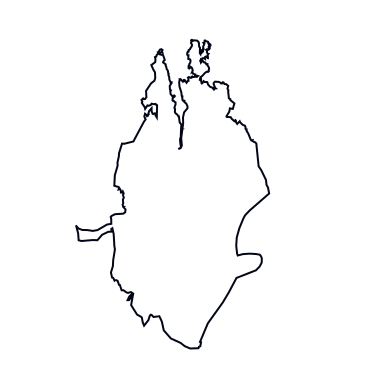 Råde nor, Østfold, Norway, rotated 114°
{"feature_id": "86288312B77346500929668", "entity_name": "Råde nor", "entity_type": "district", "adm_level": 2, "iso_a3": "NOR", "parent_name": "Norway", "parent_adm1": "Østfold", "projection": "robinson", "projection_center": [10.836, 59.347], "detail": "fine", "context": "isolated", "style": "outline", "palette": "ink", "viewbox_px": 384, "rotation_deg": 114, "n_neighbors": 0, "source": "geoboundaries", "source_scale": "gbopen_adm2", "svg_char_len": 5931}
<svg xmlns="http://www.w3.org/2000/svg" viewBox="0 0 384 384"><g transform="rotate(114 192 192)"><path d="M91.4,196.4L85.4,199.9L84.3,200.1L83.2,201.6L80.3,202.1L79.6,204.7L80.2,206.2L79.1,207.8L79.3,208.6L80.6,208.7L81.0,209.6L80.6,210.3L80.5,212.2L81.8,215.8L83.3,216.4L84.4,216.3L87.4,213.3L87.7,212.4L88.3,213.4L89.3,213.6L88.5,214.6L89.0,214.7L88.4,216.2L88.5,218.4L87.2,221.2L85.5,222.6L85.4,223.1L86.4,225.2L86.0,226.4L88.4,226.8L88.7,227.0L88.3,227.4L88.4,227.8L85.3,229.6L86.5,230.0L86.4,230.5L83.7,231.0L82.0,229.9L78.0,228.6L76.3,227.6L75.7,226.1L74.6,225.8L74.4,226.3L72.5,226.5L71.4,227.2L69.9,229.4L68.9,229.9L69.5,230.8L68.6,232.0L68.3,232.9L68.7,233.4L68.5,234.3L67.5,236.0L70.2,236.5L68.6,237.9L68.1,237.4L67.1,237.8L67.0,236.9L65.6,236.9L64.9,235.4L65.1,234.3L63.7,235.1L62.8,234.6L62.4,233.9L63.3,232.3L63.2,231.9L61.8,232.6L61.4,233.4L59.5,233.2L59.7,233.5L58.1,235.3L57.1,235.7L56.3,236.9L55.4,236.3L55.7,235.2L54.6,234.3L53.9,234.3L54.1,234.8L53.4,235.4L52.5,235.0L52.2,235.8L51.2,235.4L50.8,234.7L50.4,234.8L50.6,235.4L51.6,235.8L50.0,236.6L49.5,236.2L49.4,236.5L50.0,236.7L49.8,237.4L48.3,238.4L48.5,240.9L48.2,241.6L48.5,242.0L49.2,241.4L50.5,241.5L51.4,241.0L50.6,242.0L51.0,242.3L51.8,241.0L54.9,240.9L57.0,239.3L57.4,239.4L56.9,240.2L58.0,240.3L59.1,239.1L60.2,239.5L59.9,241.1L58.8,241.1L59.6,241.7L61.7,240.0L62.2,240.3L61.3,240.9L62.5,240.5L62.0,241.3L56.9,243.4L56.4,244.5L52.6,246.6L51.6,248.7L52.6,251.9L53.4,252.5L53.0,253.7L53.2,254.3L53.9,254.5L55.0,253.5L56.2,253.6L57.5,251.8L59.0,251.5L61.5,251.9L62.2,252.4L61.9,252.1L62.4,251.9L63.6,252.7L65.2,252.2L65.6,252.5L65.3,252.8L66.6,253.0L68.4,252.3L68.9,251.5L68.6,250.8L71.9,249.6L71.8,248.8L72.6,248.5L71.7,248.4L71.6,247.9L72.4,246.8L74.5,246.2L76.5,246.5L77.6,245.8L78.4,246.4L80.3,245.4L80.3,244.7L78.3,243.8L78.6,242.6L80.5,240.8L82.6,240.7L82.2,240.4L83.5,239.2L83.3,236.7L84.1,236.1L83.6,233.8L84.8,234.3L85.1,235.0L84.9,236.5L85.7,236.4L86.7,238.1L86.0,239.7L86.9,238.3L88.2,239.3L88.2,241.6L89.1,242.2L88.8,242.5L89.1,242.4L89.6,241.6L91.9,240.4L92.4,241.1L94.4,241.4L92.7,244.1L92.7,245.0L92.1,245.2L94.4,244.5L95.0,245.2L93.8,247.5L93.6,248.8L93.9,249.1L94.4,248.3L95.0,248.8L97.2,248.3L100.9,246.2L105.3,242.3L108.4,240.5L108.4,239.7L109.0,239.4L108.7,239.1L109.5,239.5L111.9,238.0L112.2,237.6L111.8,236.6L112.1,236.3L111.9,235.9L113.0,235.5L113.5,233.3L115.6,230.9L117.4,230.2L122.4,231.6L127.4,230.6L132.9,228.0L147.1,223.8L153.7,220.2L156.4,220.2L158.4,221.9L156.2,220.5L154.3,220.5L154.4,221.0L153.3,221.8L149.6,224.0L147.7,224.6L147.2,224.3L139.2,227.5L138.8,227.1L138.9,227.6L133.7,229.5L134.3,229.4L134.4,229.8L133.4,231.6L128.3,234.7L128.5,235.1L127.3,236.9L126.8,239.1L125.7,240.3L123.1,241.2L122.4,242.3L118.5,242.7L116.8,243.5L116.7,244.7L116.1,245.7L116.5,246.5L116.2,247.1L114.2,247.8L111.6,246.7L111.5,245.8L111.4,246.8L113.6,247.7L112.5,248.6L111.9,247.5L111.4,247.8L112.6,248.7L111.2,251.4L108.9,252.8L106.8,252.4L107.8,252.8L107.4,253.8L104.1,255.5L101.0,255.0L101.1,255.6L100.2,255.6L100.5,256.2L98.5,258.4L96.1,259.7L94.7,261.2L93.6,261.3L93.2,262.0L91.0,263.4L89.8,265.3L87.9,266.6L87.2,267.6L86.1,267.9L85.4,271.1L84.3,271.3L82.4,270.6L79.0,273.8L78.5,274.9L79.2,275.8L79.1,277.5L78.7,278.0L78.1,278.1L78.1,277.7L76.4,276.9L76.5,275.9L75.3,276.9L74.3,276.7L74.0,278.1L74.8,279.1L76.7,279.5L78.5,279.0L78.0,279.7L78.2,280.0L79.0,279.1L81.3,280.0L82.8,279.7L83.8,280.7L85.5,279.4L88.3,278.4L92.6,280.8L96.0,277.0L97.7,274.5L102.9,271.9L105.7,271.6L109.4,273.6L118.3,275.1L124.0,272.2L126.2,272.7L126.8,273.9L126.4,274.7L128.5,275.6L129.7,274.1L131.0,274.1L133.8,269.6L135.1,268.6L131.0,267.9L130.8,266.6L129.4,265.1L127.8,264.9L127.2,262.3L126.4,261.3L126.7,259.9L127.1,259.8L127.1,259.1L138.2,254.5L136.8,256.5L135.0,257.2L135.3,258.1L136.6,259.1L136.5,259.9L134.7,261.7L131.9,263.0L135.6,264.1L138.0,263.7L138.6,263.2L139.4,263.9L140.2,263.3L141.0,263.9L140.3,264.5L139.6,266.7L142.4,266.3L144.6,263.9L147.3,264.5L169.7,266.1L175.5,273.5L176.2,275.6L186.4,274.4L188.9,273.4L195.6,272.0L198.0,270.7L208.1,269.3L217.9,265.5L217.3,261.0L217.9,260.4L219.5,260.1L218.5,259.1L219.8,257.5L221.4,256.7L221.0,255.7L219.6,255.5L221.0,253.9L222.7,253.9L224.9,252.0L227.2,252.0L230.3,250.2L231.6,250.3L233.4,249.0L233.2,248.3L233.7,248.5L235.0,245.6L237.7,244.8L239.7,245.9L243.6,253.3L246.7,255.8L247.9,256.1L249.7,254.7L253.9,252.8L256.3,256.4L265.2,262.8L267.9,266.8L269.3,272.0L271.3,276.8L271.5,280.7L270.5,283.3L269.6,284.4L276.1,279.2L282.2,275.9L281.7,273.0L276.2,263.0L274.5,258.8L267.6,256.7L262.5,252.4L260.9,249.3L258.6,250.7L257.5,250.0L262.2,246.5L273.2,240.8L275.7,239.1L286.2,236.3L292.0,234.1L298.5,233.3L302.6,230.3L302.5,229.0L304.5,226.7L303.9,226.4L303.3,225.1L303.5,223.7L306.5,220.9L306.3,220.1L310.4,216.3L309.6,214.6L310.4,211.0L310.2,209.4L308.3,207.2L308.7,204.4L309.4,204.2L309.5,204.9L310.2,205.6L313.0,206.8L317.0,206.9L316.4,205.5L309.6,204.2L320.1,201.6L326.3,192.4L326.8,187.4L327.3,186.6L331.1,184.0L333.6,181.4L326.7,179.7L322.8,180.2L321.0,179.9L320.7,179.0L321.8,176.3L318.8,171.3L322.7,166.8L329.9,161.5L334.4,151.7L334.5,141.1L335.8,135.9L335.7,130.0L332.1,122.6L330.7,122.7L329.5,121.7L325.6,122.6L325.7,123.7L305.5,124.1L280.2,118.9L268.3,117.5L252.4,116.4L237.5,101.7L232.6,99.9L228.3,99.6L224.4,101.1L222.7,102.7L221.7,104.6L222.6,108.2L224.9,114.3L228.1,120.3L231.4,124.4L230.0,125.7L223.2,129.7L215.4,132.6L205.9,134.0L195.4,134.3L191.6,134.0L185.4,131.8L162.0,120.9L157.0,124.4L155.2,126.8L150.9,129.3L143.9,137.6L141.4,141.6L121.5,153.0L120.9,154.8L121.0,156.3L120.6,157.9L120.2,157.9L120.8,158.6L120.4,159.5L115.6,164.5L114.1,166.8L112.8,167.5L113.1,167.8L112.3,169.0L110.8,169.6L109.9,170.6L110.0,173.1L108.7,176.5L108.0,177.2L111.4,178.4L110.1,180.5L109.2,180.7L108.7,181.6L110.1,182.2L108.9,185.7L107.9,187.0L109.3,190.9L108.8,191.3L103.5,190.6L100.2,191.4L99.5,188.5L93.8,189.3L92.5,194.2L91.6,194.7L91.4,196.4Z" fill="none" stroke="#020617" stroke-width="2"/></g></svg>